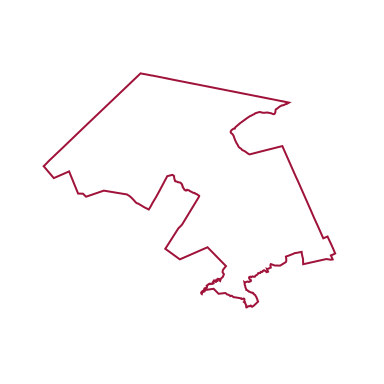 outline of Mwatate, Coast, Kenya, rotated 156°
{"feature_id": "3690345B41305477432813", "entity_name": "Mwatate", "entity_type": "district", "adm_level": 2, "iso_a3": "KEN", "parent_name": "Kenya", "parent_adm1": "Coast", "projection": "orthographic", "projection_center": [38.365, -3.735], "detail": "fine", "context": "isolated", "style": "outline", "palette": "rose", "viewbox_px": 384, "rotation_deg": 156, "n_neighbors": 0, "source": "geoboundaries", "source_scale": "gbopen_adm2", "svg_char_len": 5862}
<svg xmlns="http://www.w3.org/2000/svg" viewBox="0 0 384 384"><g transform="rotate(156 192 192)"><path d="M317.0,275.9L312.6,260.9L295.9,260.8L296.7,236.9L292.3,234.8L290.7,230.8L272.0,229.1L252.4,216.2L252.0,215.7L251.7,215.1L251.5,214.8L250.9,214.0L249.7,211.6L248.4,208.0L247.6,205.4L247.1,204.4L246.8,204.0L246.1,203.6L241.6,197.2L238.6,193.6L235.5,195.7L232.6,198.0L226.6,202.2L222.0,205.7L208.2,216.5L203.1,215.7L202.7,215.4L202.5,214.8L202.0,214.2L201.9,213.8L202.2,213.3L202.4,212.3L202.6,211.9L202.7,211.2L202.8,211.0L202.8,210.3L202.9,210.0L202.8,209.4L203.0,209.1L203.0,208.7L202.6,208.3L202.3,208.2L201.5,207.6L201.1,206.9L200.5,206.6L200.3,206.3L200.0,206.0L199.0,205.5L198.5,204.7L198.3,203.7L198.0,203.2L198.0,202.8L198.1,202.4L198.3,202.0L198.4,201.7L198.2,201.2L198.1,200.9L198.2,200.6L198.5,200.1L198.5,199.9L198.4,199.5L198.3,199.1L198.1,198.7L198.0,198.4L198.1,197.7L198.1,197.4L197.6,196.7L197.4,196.1L197.2,195.9L196.7,195.7L196.4,195.7L196.1,196.0L195.8,196.1L195.6,196.1L195.1,195.4L194.7,195.1L194.4,194.9L194.1,194.8L194.0,194.6L193.4,193.4L192.8,192.9L192.5,192.4L192.1,192.0L191.4,190.9L190.4,190.3L190.1,190.2L189.7,189.6L189.7,189.2L189.4,189.0L189.0,188.5L188.5,188.1L188.3,187.8L188.2,187.5L188.0,187.2L187.9,186.9L187.2,186.1L187.0,185.5L187.3,185.2L188.0,184.5L214.3,166.3L216.4,165.4L217.7,164.9L218.7,164.6L219.3,164.3L237.3,152.4L239.5,151.0L230.5,135.4L200.3,135.2L191.1,110.5L194.8,108.6L195.5,108.1L195.9,107.6L196.6,106.5L196.7,106.1L196.7,105.7L196.3,104.3L196.3,103.9L196.6,103.5L197.5,102.8L197.9,102.3L198.4,101.9L198.9,101.7L199.7,101.5L200.2,101.3L201.0,100.9L202.5,99.3L202.6,99.5L202.6,99.8L202.3,99.9L202.3,100.3L202.5,100.5L202.4,101.2L202.5,101.5L203.2,101.8L203.5,102.0L203.7,101.6L203.9,101.5L204.1,101.8L205.0,101.9L205.0,101.6L204.6,101.5L204.4,101.3L204.8,100.4L205.1,100.4L205.4,100.5L205.5,101.1L206.0,101.3L206.1,100.9L206.5,100.7L206.8,100.2L207.1,100.4L207.3,100.6L207.4,101.0L207.8,101.5L207.9,102.2L209.2,101.5L209.4,101.2L209.7,100.5L209.6,100.3L209.4,100.1L209.4,99.8L209.7,99.7L210.1,99.8L210.8,99.8L211.1,99.9L211.6,100.6L211.9,100.6L212.5,100.3L212.8,100.4L213.4,101.1L213.8,100.9L214.4,101.1L214.7,101.0L215.0,100.7L215.6,100.6L215.9,100.4L216.2,100.5L216.5,100.6L216.8,100.4L216.6,99.8L216.7,99.5L217.3,98.7L217.6,98.5L217.9,98.6L218.6,98.8L219.2,98.8L219.5,98.9L219.8,98.9L220.1,98.6L221.0,97.6L221.5,97.3L221.8,97.2L222.5,97.3L223.6,96.9L224.1,96.7L224.7,96.1L224.7,95.8L224.7,95.2L224.5,94.8L224.0,95.4L223.7,96.1L220.9,96.1L220.6,97.3L211.6,94.8L209.1,88.2L202.8,86.2L202.5,86.0L202.3,85.7L202.1,85.4L201.7,84.3L201.4,84.0L200.5,83.3L200.3,83.0L199.7,82.2L199.1,81.6L199.2,81.3L198.0,81.1L197.7,80.8L196.9,79.1L194.6,77.7L190.3,74.8L190.2,74.6L190.3,74.1L190.0,73.9L189.0,73.8L188.0,73.6L187.8,73.2L187.7,72.7L187.8,72.4L188.3,71.6L188.5,70.9L188.4,70.2L189.2,70.2L188.9,69.6L188.6,68.5L188.6,68.2L188.7,67.3L188.6,67.0L188.6,66.7L188.5,66.4L188.8,66.1L189.0,65.4L189.3,64.8L189.3,64.5L189.1,64.4L188.8,64.3L188.2,64.5L187.0,64.6L186.7,64.7L186.1,64.3L185.7,64.2L185.1,64.4L184.8,64.4L184.5,64.4L184.3,64.2L184.3,63.9L184.2,63.1L184.0,62.9L183.8,62.7L183.2,62.8L181.9,63.0L179.0,64.0L176.2,65.0L176.2,66.3L176.0,67.4L176.0,69.0L175.9,69.7L176.1,70.4L176.2,72.2L177.0,73.3L177.1,73.6L177.0,73.9L177.0,74.2L177.2,74.4L177.2,74.8L177.4,75.1L177.8,75.1L178.0,75.3L178.0,75.6L178.2,75.8L178.5,76.0L178.8,76.1L178.9,76.3L179.2,76.5L179.5,76.8L179.8,77.3L180.0,77.4L180.5,77.8L180.6,78.4L181.1,78.8L181.2,79.5L181.7,80.1L182.2,80.4L182.0,81.0L182.0,82.6L182.0,83.0L182.0,83.3L181.6,84.4L181.6,85.8L181.3,86.7L180.9,87.3L180.9,88.0L180.8,88.4L180.5,87.9L180.3,87.7L179.5,87.8L178.7,87.7L177.9,87.7L177.1,87.1L176.7,86.7L176.3,86.7L175.9,86.8L175.6,86.8L175.3,86.6L174.9,86.6L174.3,86.8L174.1,87.6L174.2,88.0L174.6,88.6L174.8,89.3L174.9,89.6L174.8,90.4L174.6,90.7L174.0,91.1L173.2,90.9L172.9,90.7L172.3,90.0L172.0,90.1L171.5,90.3L171.1,90.3L170.5,89.8L170.1,89.6L169.9,89.3L169.0,89.1L168.7,89.1L168.5,89.4L167.9,89.8L167.7,89.8L166.2,89.9L166.0,90.0L165.4,90.3L164.8,90.5L164.5,90.6L164.4,90.9L164.0,90.8L163.8,90.6L162.6,90.3L161.9,91.0L161.6,91.1L161.0,90.6L160.8,90.7L160.5,90.7L160.2,90.5L159.8,90.6L159.6,90.7L159.2,91.2L158.9,91.2L158.4,91.1L158.0,91.2L157.7,91.0L157.5,90.7L156.3,88.3L154.9,88.3L154.9,89.8L154.8,91.3L154.6,91.1L154.4,90.9L150.8,90.9L150.2,93.1L150.0,93.4L149.5,94.0L149.3,94.1L146.3,91.2L141.4,88.9L134.8,89.8L134.1,90.4L133.2,92.2L132.5,94.8L127.5,94.4L126.8,94.5L125.3,94.3L123.1,94.4L121.0,93.8L116.2,92.7L116.8,90.9L117.2,88.9L117.5,87.7L117.8,85.6L119.1,82.6L119.8,80.8L96.5,76.1L92.6,73.6L90.9,73.2L90.9,77.6L88.7,77.5L86.2,77.6L86.1,85.8L86.3,96.2L90.9,96.3L90.9,109.9L91.0,118.5L90.9,126.7L90.8,158.9L90.9,163.7L90.8,197.2L110.3,200.6L123.9,202.9L124.3,203.1L125.0,204.0L127.4,208.1L127.6,208.4L128.4,209.1L129.1,210.0L129.5,211.5L130.5,213.0L130.9,214.0L131.1,214.9L131.1,216.6L131.4,218.3L131.5,220.7L131.5,222.4L131.2,226.0L131.2,226.8L131.4,227.9L131.5,228.5L131.7,228.9L132.3,229.9L132.4,230.5L132.4,230.8L132.2,231.3L131.7,231.8L131.2,232.2L130.7,232.4L129.2,232.8L127.9,232.9L127.6,232.8L127.3,232.5L127.0,232.5L126.7,233.0L126.4,233.3L126.1,233.5L120.1,235.3L113.2,236.8L108.4,237.7L107.1,237.7L106.3,237.7L104.7,237.9L103.5,237.8L103.1,237.9L102.5,238.1L102.2,238.2L99.0,237.8L97.9,237.6L97.3,237.4L96.8,237.0L96.2,236.4L95.3,235.7L94.7,235.4L91.9,234.3L90.8,234.0L90.4,233.5L89.7,233.2L88.7,232.4L87.7,231.8L87.1,231.1L86.1,230.1L85.4,229.8L85.0,229.8L84.6,229.9L83.9,230.5L83.2,231.3L82.3,232.9L82.0,233.3L81.7,233.4L80.1,233.6L77.2,234.4L76.0,234.4L74.9,234.6L74.5,234.6L73.8,234.2L73.5,234.1L72.6,234.1L70.7,234.2L69.6,233.9L68.8,234.1L67.7,234.1L67.0,234.2L160.4,300.0L180.4,314.2L181.7,315.0L187.7,319.2L189.4,320.3L190.7,321.3L262.5,295.7L291.0,285.4L309.9,278.7L315.0,276.6L317.0,275.9Z" fill="none" stroke="#9f1239" stroke-width="2"/></g></svg>